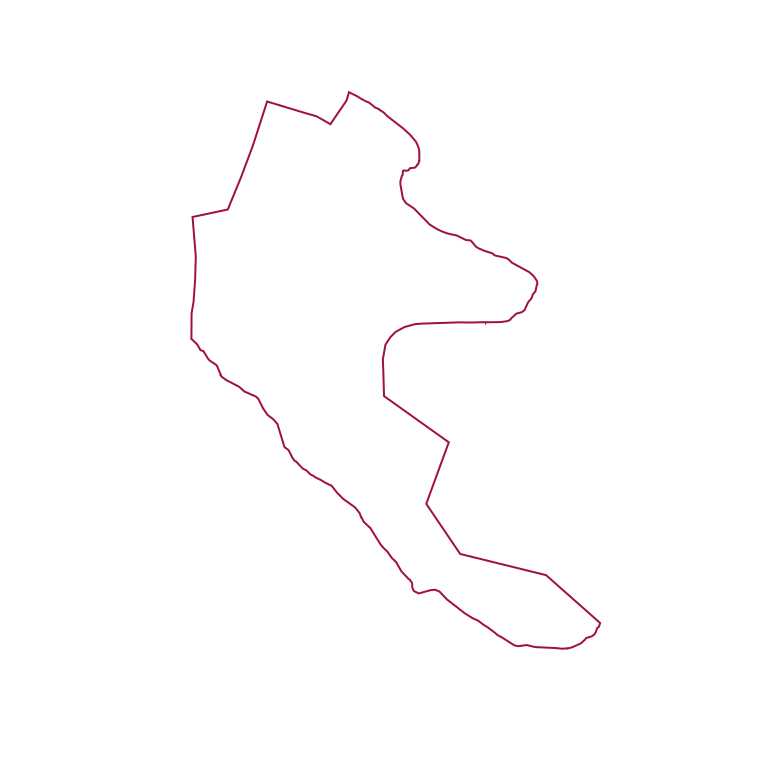 outline of Pango, Shefa, Vanuatu, rotated 255°
{"feature_id": "77236927B36499931511312", "entity_name": "Pango", "entity_type": "district", "adm_level": 2, "iso_a3": "VUT", "parent_name": "Vanuatu", "parent_adm1": "Shefa", "projection": "mercator", "projection_center": [168.281, -17.771], "detail": "fine", "context": "isolated", "style": "outline", "palette": "rose", "viewbox_px": 768, "rotation_deg": 255, "n_neighbors": 0, "source": "geoboundaries", "source_scale": "gbopen_adm2", "svg_char_len": 2535}
<svg xmlns="http://www.w3.org/2000/svg" viewBox="0 0 768 768"><g transform="rotate(255 384 384)"><path d="M477.5,209.6L470.6,213.8L464.2,215.5L462.6,218.0L458.7,219.2L453.9,220.6L451.6,221.8L446.2,226.6L444.8,227.4L434.6,228.8L434.6,228.5L433.1,229.1L428.7,232.5L418.9,243.3L413.0,247.1L404.8,257.2L402.1,258.8L391.4,261.0L384.1,263.6L382.2,265.1L379.1,267.6L376.0,269.2L373.0,270.7L349.4,271.5L348.3,271.9L344.9,274.7L335.8,276.6L334.6,277.2L333.4,277.4L331.9,279.0L323.2,283.7L320.7,286.6L315.6,289.6L313.8,291.8L311.6,293.6L307.3,298.5L304.5,301.0L300.8,305.2L299.6,306.9L291.0,310.6L283.3,315.0L272.5,324.0L265.7,327.0L260.7,327.5L260.6,327.8L256.0,328.8L248.4,333.5L229.8,339.2L225.4,341.3L221.4,343.8L214.0,346.5L208.9,349.6L198.6,352.3L189.3,357.3L188.7,358.0L185.2,359.5L182.5,359.3L180.4,358.6L176.2,359.3L172.7,363.4L172.8,375.7L172.0,380.2L169.1,383.9L159.7,389.0L141.8,402.5L135.0,408.8L130.9,413.8L125.7,417.8L122.1,421.2L115.1,426.7L112.1,428.7L108.9,432.1L97.8,442.3L96.0,445.8L94.9,454.3L90.8,461.8L84.6,481.2L82.1,487.9L81.4,492.2L81.1,492.2L80.9,497.0L82.5,507.0L85.2,512.2L86.3,513.5L86.5,519.4L87.6,522.2L89.2,524.1L93.1,526.8L93.9,528.8L94.3,529.1L97.2,530.9L157.4,491.1L200.1,413.6L257.3,393.8L310.9,431.5L372.3,380.9L397.2,386.8L408.2,389.3L421.6,395.6L427.6,402.3L431.1,408.2L432.4,412.9L433.7,418.7L433.8,429.3L432.6,435.9L424.1,472.5L421.1,483.1L417.5,497.9L417.0,498.0L417.3,498.2L413.6,512.8L412.8,519.6L413.1,522.0L414.7,524.2L417.7,530.1L417.7,535.6L419.0,538.9L425.7,544.4L428.0,547.8L429.5,549.4L432.1,551.0L434.3,554.3L439.9,557.1L440.5,557.8L442.7,558.4L444.6,558.2L449.4,556.5L454.3,553.4L468.2,538.8L471.3,537.2L474.1,534.7L479.2,524.8L480.1,523.7L482.0,522.7L487.3,514.5L488.4,513.4L489.8,511.3L492.7,508.4L499.9,505.1L500.6,504.0L501.8,500.5L508.5,492.9L513.0,484.3L516.0,479.9L520.3,474.9L525.7,469.9L526.2,469.4L545.8,458.4L552.9,452.1L557.7,450.4L558.1,450.4L559.5,450.4L572.7,451.5L575.8,452.4L580.3,455.1L581.1,456.1L585.0,457.5L585.0,458.9L584.4,460.1L584.0,462.7L585.7,465.0L585.0,469.9L586.6,472.6L587.5,473.0L587.6,473.9L589.6,475.3L590.7,475.7L590.7,476.0L601.0,478.6L605.1,478.4L609.7,477.6L618.0,473.7L626.1,468.5L641.9,456.5L646.3,454.0L650.4,450.3L650.9,450.3L653.1,447.2L659.7,442.4L661.4,440.1L665.2,435.9L668.9,432.5L674.9,425.7L667.4,421.1L658.8,411.0L648.8,399.5L659.9,388.3L667.1,376.4L687.1,344.2L648.3,319.1L621.1,299.7L593.0,278.3L594.9,242.3L555.8,235.2L533.8,228.6L512.6,221.3L502.0,216.4L482.3,211.0L477.5,209.6Z" fill="none" stroke="#9f1239" stroke-width="2"/></g></svg>